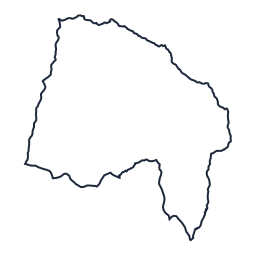 Jericó, Boyacá, Colombia
{"feature_id": "7082276B82066081329321", "entity_name": "Jericó", "entity_type": "district", "adm_level": 2, "iso_a3": "COL", "parent_name": "Colombia", "parent_adm1": "Boyacá", "projection": "robinson", "projection_center": [-72.572, 6.138], "detail": "fine", "context": "isolated", "style": "outline", "palette": "slate", "viewbox_px": 256, "rotation_deg": 0, "n_neighbors": 0, "source": "geoboundaries", "source_scale": "gbopen_adm2", "svg_char_len": 5744}
<svg xmlns="http://www.w3.org/2000/svg" viewBox="0 0 256 256"><path d="M175.4,64.4L174.3,64.1L173.4,63.6L171.9,62.1L171.6,61.1L171.9,58.1L171.4,56.7L170.9,54.0L170.3,52.5L169.4,52.0L169.1,51.6L168.3,49.9L167.3,49.2L166.6,48.9L166.2,48.4L165.9,47.8L165.7,46.9L165.4,46.4L165.0,45.4L164.3,45.5L163.3,46.1L162.1,45.3L161.2,45.1L159.4,46.3L158.9,46.5L158.2,46.3L157.1,45.2L155.9,44.9L155.5,44.6L154.3,43.3L153.0,43.0L149.8,41.4L147.1,40.3L146.8,40.0L146.4,39.2L145.5,38.5L144.7,38.2L143.0,38.1L141.5,37.5L139.5,35.8L138.5,35.8L138.1,35.6L137.9,35.2L137.6,34.4L137.4,34.2L136.4,34.0L135.6,33.4L134.7,33.4L133.9,33.0L133.4,32.4L133.3,31.6L133.0,31.3L129.4,30.1L128.6,29.3L127.4,29.0L126.6,27.7L125.4,27.1L124.7,26.2L124.2,26.1L122.9,26.6L121.1,26.1L119.2,26.1L118.7,25.7L118.6,25.0L118.4,24.6L117.3,23.3L116.0,22.0L115.4,21.7L114.5,21.5L113.5,20.0L112.2,19.6L111.6,19.1L110.5,19.6L109.9,20.2L109.8,20.6L110.1,21.4L109.9,21.8L109.1,21.9L108.0,22.6L106.4,23.2L105.8,22.7L104.3,22.5L103.3,23.5L102.2,23.7L101.1,24.4L99.1,24.9L98.3,24.9L97.9,24.7L97.2,24.1L96.6,23.0L96.0,23.0L95.1,23.3L94.5,23.3L92.9,22.7L92.4,22.2L90.9,20.6L90.4,20.3L88.0,20.2L85.7,19.7L84.7,19.3L84.1,18.5L84.1,16.8L83.8,16.1L83.2,16.0L82.2,16.2L80.7,15.4L79.5,15.4L78.0,15.7L77.7,15.8L77.2,16.6L76.6,17.1L75.0,17.7L73.3,18.7L71.5,18.6L70.8,18.2L70.2,18.1L68.6,18.1L67.1,18.6L65.4,19.6L62.9,20.5L61.9,20.6L61.3,20.4L59.5,19.1L58.9,19.0L58.6,19.2L59.7,22.5L60.2,26.5L59.9,27.5L57.6,29.7L57.1,30.8L57.0,32.4L57.4,35.2L57.8,36.0L58.5,36.5L58.7,37.3L58.7,37.7L58.5,39.0L58.3,39.8L56.4,42.5L55.9,43.6L55.6,44.7L55.6,46.4L56.0,48.0L56.1,49.3L55.7,51.3L55.6,54.3L54.9,56.5L54.7,57.4L55.0,58.0L55.5,58.8L55.7,59.6L55.6,60.0L55.4,60.3L54.3,61.2L51.3,64.8L51.2,66.0L51.5,69.4L51.4,70.2L50.8,72.6L50.9,73.9L50.6,74.8L47.8,77.3L46.8,77.9L44.8,79.4L43.3,80.4L42.8,80.9L42.8,81.4L43.4,82.1L44.1,83.4L44.6,85.0L45.1,86.0L45.4,87.4L45.0,88.5L44.2,89.8L41.2,93.6L40.9,95.0L41.3,97.6L40.9,99.3L40.5,100.3L38.5,104.1L37.8,106.3L36.4,108.0L36.1,108.9L36.2,112.1L35.9,114.4L36.3,117.1L36.2,118.2L36.3,119.4L36.3,119.9L35.5,121.5L34.3,122.9L34.0,123.7L34.0,126.9L32.8,130.3L32.6,131.5L32.5,133.4L32.0,135.3L31.7,135.8L30.3,137.5L29.4,139.1L29.1,140.5L29.2,144.7L28.7,147.8L28.6,150.6L27.7,153.5L28.0,156.0L27.7,158.8L27.4,159.9L26.6,160.9L25.1,163.9L27.4,164.5L28.5,165.0L31.5,165.6L33.1,165.7L35.4,165.7L35.9,165.8L38.5,167.3L43.8,169.1L46.6,169.8L49.5,171.0L50.0,171.4L51.1,173.1L52.1,175.6L52.8,178.2L56.1,178.0L59.2,177.1L60.7,176.5L63.8,174.1L65.1,173.7L66.7,173.8L67.4,174.2L68.2,175.1L69.3,175.8L70.2,178.6L70.5,179.0L71.6,180.2L74.7,182.8L76.0,184.2L78.1,185.3L80.8,187.0L83.0,187.0L83.9,186.9L86.1,185.9L87.7,185.4L93.5,185.8L93.9,186.0L95.3,185.9L96.7,186.5L97.7,185.8L99.4,183.8L101.0,180.3L104.3,175.3L110.1,172.8L110.8,172.8L111.7,173.9L112.7,174.7L115.6,176.2L116.9,176.5L117.6,177.1L118.7,177.6L119.7,177.7L119.6,176.9L119.3,176.5L119.4,176.0L119.1,175.8L119.1,175.5L119.6,175.1L119.9,175.1L120.4,174.8L121.0,174.3L121.5,173.6L121.7,173.0L122.9,172.0L123.6,172.0L124.7,171.3L125.7,170.9L125.8,170.7L126.1,170.7L126.6,171.3L126.8,171.2L127.1,170.6L127.9,169.8L129.7,169.1L130.4,168.6L133.2,167.2L133.5,166.8L134.0,165.6L135.0,164.5L135.1,163.3L136.5,163.2L139.0,162.4L140.2,161.5L141.2,161.0L141.7,160.5L142.0,160.4L144.4,160.4L145.1,160.1L145.8,159.5L146.4,159.5L148.1,160.3L149.3,161.1L151.2,161.2L153.2,161.0L156.3,160.0L156.7,160.9L157.5,162.1L159.1,163.9L159.7,164.4L159.4,166.3L159.3,167.5L159.5,169.1L159.6,169.5L160.7,170.5L161.2,171.3L161.4,172.3L161.3,173.4L161.0,174.9L159.9,177.9L159.2,181.2L159.1,183.0L159.2,184.2L160.0,185.9L160.7,187.0L161.6,188.9L163.7,194.9L164.4,197.5L164.5,199.1L164.2,201.6L162.9,206.7L163.6,210.0L165.1,212.5L166.2,213.6L168.4,215.3L169.1,216.6L169.2,218.1L169.5,219.2L171.1,217.4L172.1,216.6L173.2,216.0L174.6,215.9L175.9,216.1L176.6,216.4L178.1,218.5L182.0,222.8L184.9,227.2L185.3,228.2L185.9,230.6L186.6,232.2L188.9,235.2L189.3,236.2L189.8,238.6L190.3,240.4L190.2,240.6L193.2,238.0L193.0,237.0L193.1,235.8L195.0,229.7L195.4,228.9L196.0,228.6L196.7,229.0L197.5,227.9L198.6,227.9L200.1,226.3L200.4,225.8L201.2,223.5L201.4,221.8L202.3,219.9L203.6,217.7L204.4,215.6L205.0,214.6L204.9,213.7L205.1,213.0L204.8,212.3L205.0,212.1L205.5,212.0L206.2,210.5L206.2,210.3L205.8,210.2L206.0,209.8L206.0,209.3L206.1,209.1L206.6,209.4L206.9,209.2L207.4,207.7L206.8,206.2L206.7,205.7L207.2,204.5L208.0,203.1L208.3,202.0L208.3,201.2L207.9,199.3L207.7,197.8L207.8,195.0L208.3,191.2L207.9,189.7L207.9,189.1L208.1,188.5L209.7,185.4L209.8,184.2L209.3,180.4L208.5,178.2L207.2,176.0L206.9,174.7L206.7,172.3L207.1,171.1L208.1,170.0L208.5,169.5L208.5,166.5L208.7,166.0L209.6,164.9L210.0,163.9L210.0,163.3L209.7,161.3L210.7,158.1L211.0,154.1L211.6,153.4L213.1,153.3L215.0,151.8L216.9,150.8L219.3,150.9L222.0,150.7L223.5,149.5L224.8,149.4L225.2,148.7L225.7,148.3L227.3,147.4L228.1,145.8L228.3,144.3L228.7,143.1L229.2,142.4L230.2,141.9L230.7,141.4L230.9,140.5L230.5,138.5L230.8,136.1L229.5,132.8L229.3,130.9L228.5,128.9L227.9,127.9L227.6,126.6L227.6,125.8L228.0,125.0L228.4,123.6L228.6,122.2L228.1,119.1L227.9,115.5L227.9,114.7L228.2,112.6L228.2,111.5L227.1,108.9L226.8,108.6L226.5,108.6L224.6,109.2L223.6,108.0L220.0,106.5L218.9,105.6L218.2,104.8L217.8,103.7L217.9,102.3L217.8,101.4L216.9,98.9L216.2,97.9L214.9,96.9L214.4,96.3L214.2,95.7L214.0,94.1L212.7,91.9L212.1,89.4L211.1,88.1L209.3,86.8L208.5,85.5L208.4,84.3L208.0,83.4L206.1,83.1L205.5,83.2L204.2,83.7L203.1,83.8L200.9,83.1L199.6,82.2L197.6,82.5L197.1,82.4L195.7,81.3L194.1,80.5L191.4,79.6L189.7,78.6L189.4,78.4L188.7,77.5L187.6,76.8L185.0,74.5L182.9,73.5L181.4,72.2L180.6,70.9L179.9,69.5L179.4,69.2L178.6,69.0L178.4,68.8L177.7,67.4L176.9,66.7L176.0,64.9L175.4,64.4Z" fill="none" stroke="#1e293b" stroke-width="2"/></svg>